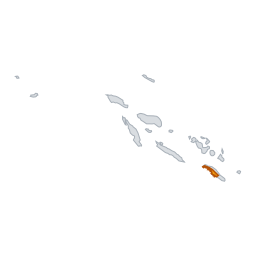 location of East Choiseul, Choiseul, Solomon Islands, rotated 180°
{"feature_id": "97153195B70410485956536", "entity_name": "East Choiseul", "entity_type": "district", "adm_level": 2, "iso_a3": "SLB", "parent_name": "Solomon Islands", "parent_adm1": "Choiseul", "projection": "albers", "projection_center": [157.222, -7.098], "detail": "fine", "context": "in_parent", "style": "filled", "palette": "amber", "viewbox_px": 256, "rotation_deg": 180, "n_neighbors": 0, "source": "geoboundaries", "source_scale": "gbopen_adm2", "svg_char_len": 5395}
<svg xmlns="http://www.w3.org/2000/svg" viewBox="0 0 256 256"><g transform="rotate(180 128 128)"><path d="M97.4,129.1L101.8,132.4L103.7,132.1L109.5,132.2L112.9,134.6L114.9,135.7L116.0,137.8L117.4,138.2L118.3,139.3L118.8,141.3L116.6,142.3L115.3,142.6L112.0,141.9L108.8,140.3L102.4,140.1L99.4,139.7L98.4,139.1L97.4,138.3L95.9,136.5L94.8,134.4L94.6,133.1L94.5,130.8L94.9,129.9L96.1,129.0L97.4,129.1ZM117.6,109.8L122.6,115.9L122.3,116.9L121.7,117.6L121.4,119.6L122.1,120.4L123.4,120.8L125.7,123.0L126.7,126.5L127.7,127.7L127.7,130.2L129.8,133.8L130.0,135.5L129.8,136.2L128.9,135.8L126.3,131.8L123.3,130.0L123.0,129.3L120.0,126.9L118.0,123.0L115.8,116.0L116.9,114.3L114.4,110.9L114.5,110.0L116.3,110.2L116.7,109.8L117.6,109.8ZM99.4,112.7L100.1,114.6L97.4,112.9L95.3,110.8L89.5,108.5L88.3,107.3L87.2,107.2L84.2,105.3L81.3,104.0L79.0,101.7L77.9,101.3L76.1,99.4L74.3,98.2L73.7,96.0L71.9,94.5L71.5,93.9L77.1,95.1L79.6,97.5L81.9,98.9L82.6,99.9L84.6,101.2L86.4,101.3L88.2,102.7L89.8,103.1L91.1,103.8L99.3,109.9L98.3,111.5L99.4,112.7ZM136.6,152.1L139.2,153.3L140.6,153.1L142.8,154.0L144.5,153.5L145.5,154.6L148.0,158.8L148.0,160.1L149.7,161.1L148.3,161.2L146.3,160.7L144.7,161.0L143.1,160.2L140.4,159.8L138.0,158.8L133.1,155.7L133.1,154.2L132.3,153.4L132.1,151.5L130.3,150.9L128.2,150.8L128.1,149.9L128.5,148.3L130.0,148.3L131.9,149.0L136.6,152.1ZM51.9,89.5L52.5,90.2L51.0,91.4L48.9,90.7L48.4,89.7L47.0,89.9L44.1,89.3L40.1,86.4L35.9,80.9L31.9,77.9L31.1,77.0L31.0,75.4L31.5,74.8L34.1,75.4L37.3,77.9L42.7,80.5L44.1,81.9L45.1,85.1L46.0,86.0L48.9,88.4L51.9,89.5ZM57.5,108.0L58.7,109.7L60.2,113.4L59.9,114.7L58.9,114.8L58.6,115.6L57.2,113.8L55.3,113.3L53.9,112.2L53.3,108.6L52.2,108.3L49.2,108.7L48.2,109.9L46.8,109.5L46.5,108.4L46.7,107.4L48.6,106.4L48.9,105.1L50.8,102.8L52.0,102.4L54.1,103.2L54.4,106.4L55.2,107.5L57.5,108.0ZM113.6,180.5L112.2,181.2L110.9,180.8L110.0,180.3L109.2,178.7L107.5,177.8L105.1,177.3L103.9,176.3L102.2,176.0L101.7,175.2L101.8,174.3L102.1,173.8L103.7,174.3L111.1,178.4L113.6,180.5ZM35.8,101.5L35.4,101.8L34.7,100.7L34.2,100.4L34.2,99.1L32.2,97.2L32.0,95.8L33.2,94.4L34.8,95.2L36.4,96.9L38.2,97.5L37.8,98.6L36.2,100.6L35.8,101.5ZM45.9,104.8L45.1,105.6L42.9,105.5L41.2,103.4L41.3,101.8L42.6,100.4L44.1,100.2L45.0,100.7L45.8,101.9L46.1,103.4L45.9,104.8ZM64.4,117.0L62.4,118.6L61.0,118.1L59.8,116.7L60.4,114.6L61.6,114.2L62.2,113.4L64.3,114.0L64.9,114.4L63.6,115.5L64.3,116.3L64.4,117.0ZM225.1,160.9L221.8,161.3L220.5,162.7L218.8,162.5L218.2,161.3L218.2,160.7L219.1,160.8L219.6,159.7L220.6,159.1L222.9,158.9L225.7,159.6L225.0,160.6L225.1,160.9ZM133.4,136.6L133.5,139.5L132.0,137.9L131.3,138.4L130.7,137.7L130.8,134.3L129.8,131.0L130.7,131.3L133.4,136.6ZM49.9,117.6L49.9,117.9L48.8,117.3L46.4,114.6L46.8,113.7L49.0,111.9L49.7,111.7L50.4,112.8L49.8,114.4L49.1,114.8L48.8,116.3L49.9,117.6ZM105.8,123.5L107.5,123.8L110.6,126.5L109.9,127.3L108.4,126.9L108.0,127.1L107.5,126.1L105.9,125.3L104.5,125.3L104.4,124.3L105.8,123.5ZM86.1,126.0L83.7,125.7L83.0,125.0L83.9,124.0L84.9,123.4L85.9,124.0L86.9,124.1L87.0,125.4L86.1,126.0ZM18.6,84.8L16.6,85.3L15.4,84.6L15.9,83.0L16.6,82.2L19.1,83.7L18.6,84.8ZM96.2,113.6L95.2,113.8L93.8,113.1L93.2,112.4L93.5,111.3L94.3,110.9L95.3,111.7L95.4,112.4L96.2,113.6ZM240.6,179.6L238.9,179.9L238.2,179.8L237.0,178.0L237.9,177.7L239.2,177.8L239.6,178.9L240.6,179.6ZM55.1,118.5L55.0,119.3L53.9,119.0L51.3,117.9L51.2,117.5L52.7,117.3L53.7,117.4L55.1,118.5ZM34.3,105.1L33.9,107.1L32.8,104.6L33.0,102.5L33.4,102.3L34.3,105.1ZM67.3,119.3L65.8,119.9L65.3,119.1L66.4,116.9L67.3,119.3Z" fill="#d9dde1" stroke="#a8b0b8" stroke-width="1"/><path d="M53.2,89.4L53.3,89.3L53.2,89.2L53.1,88.9L52.9,88.7L52.7,88.6L52.4,88.6L52.3,88.8L52.2,88.8L51.9,88.9L51.9,89.0L51.7,89.0L51.7,88.9L51.6,89.0L51.4,89.2L51.2,89.2L51.1,89.3L51.0,89.2L50.9,89.0L50.7,88.9L50.5,88.7L50.4,88.7L50.3,88.8L50.3,89.0L50.5,89.1L50.6,89.3L50.4,89.3L50.3,89.2L50.2,89.3L50.1,89.2L50.1,89.3L50.0,89.2L49.9,89.0L49.8,88.9L49.9,88.7L49.7,88.5L49.6,88.4L49.5,88.5L49.4,88.6L49.5,88.7L49.4,88.7L49.1,88.6L49.1,88.4L49.2,88.2L48.9,88.3L48.7,88.3L48.5,88.2L48.4,88.1L48.4,87.9L48.2,87.8L48.1,87.7L47.9,87.6L47.9,87.4L48.0,87.4L47.9,87.3L48.0,87.3L48.0,87.2L47.9,87.1L47.7,87.1L47.7,86.9L47.8,86.9L47.7,86.7L47.8,86.6L47.7,86.6L47.5,86.8L47.4,86.8L47.4,86.7L47.3,86.8L47.1,86.7L47.1,86.8L46.9,86.8L46.9,86.7L46.7,86.6L46.5,86.4L46.5,86.5L46.4,86.5L46.2,86.5L46.3,86.5L46.2,86.4L46.1,86.2L46.1,85.9L46.0,86.0L45.9,86.1L46.0,86.2L45.9,86.2L45.9,86.3L45.8,86.2L45.7,86.1L45.6,85.9L45.6,85.7L45.7,85.8L45.7,85.7L45.4,85.5L45.4,85.4L45.3,85.5L45.3,85.4L45.1,85.3L44.9,85.3L44.7,85.0L44.7,84.9L44.7,84.7L44.8,84.7L44.8,84.4L44.7,84.3L44.6,84.2L44.5,83.9L44.4,83.8L44.3,83.7L44.4,83.4L44.3,83.1L44.3,82.9L44.2,82.8L44.2,82.7L44.2,82.8L44.3,82.7L44.2,82.6L44.3,82.5L44.3,82.4L44.2,82.3L44.3,82.3L44.2,82.2L44.1,81.9L43.9,81.9L43.7,81.8L43.7,81.7L43.4,81.4L43.2,81.3L43.0,81.2L42.9,81.1L42.8,80.9L42.6,80.9L42.5,80.7L42.4,80.8L42.4,80.7L42.3,80.8L42.4,80.6L42.1,80.5L41.9,80.7L41.7,80.6L41.6,80.4L41.6,80.2L41.5,79.9L41.4,79.9L41.4,80.0L41.3,79.9L41.2,80.0L41.2,79.9L40.9,79.8L40.9,79.7L40.7,79.7L40.4,79.6L40.1,79.5L39.9,79.6L39.7,79.4L39.4,79.3L37.6,80.6L39.9,82.8L41.2,84.0L42.1,84.9L43.5,86.3L46.9,88.5L51.4,90.2L53.2,89.4ZM45.4,85.3L45.3,85.2L45.3,85.4L45.4,85.3ZM41.4,79.8L41.4,79.7L41.3,79.8L41.4,79.8ZM44.4,82.2L44.2,82.1L44.3,82.2L44.4,82.3L44.4,82.2Z" fill="#f59e0b" stroke="#b45309" stroke-width="1.5"/></g></svg>